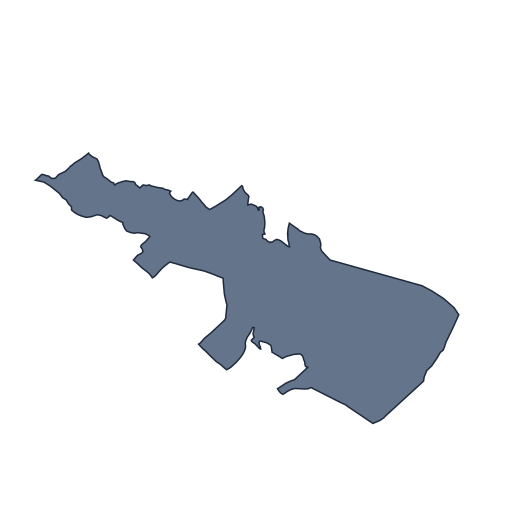 the district of Al Qahirah, Ta`izz, Yemen, rotated 137°
{"feature_id": "15242507B25601217585155", "entity_name": "Al Qahirah", "entity_type": "district", "adm_level": 2, "iso_a3": "YEM", "parent_name": "Yemen", "parent_adm1": "Ta`izz", "projection": "orthographic", "projection_center": [44.017, 13.586], "detail": "fine", "context": "isolated", "style": "filled", "palette": "slate", "viewbox_px": 512, "rotation_deg": 137, "n_neighbors": 0, "source": "geoboundaries", "source_scale": "gbopen_adm2", "svg_char_len": 6095}
<svg xmlns="http://www.w3.org/2000/svg" viewBox="0 0 512 512"><g transform="rotate(137 256 256)"><path d="M365.6,461.8L360.7,454.7L359.7,451.0L358.7,447.2L358.0,442.2L357.1,435.9L357.7,430.5L356.9,427.8L356.5,426.8L356.7,426.3L356.9,425.1L357.3,423.0L357.6,421.7L357.3,418.0L359.5,415.5L359.4,414.5L359.1,411.7L358.1,408.1L356.1,403.8L355.5,402.9L354.6,401.3L353.8,400.1L352.7,399.2L352.1,398.8L350.9,397.9L349.9,397.2L349.3,396.9L343.9,394.4L341.5,390.9L341.0,389.5L340.5,387.9L339.6,385.7L338.5,385.2L336.4,385.1L335.1,385.2L334.7,384.0L333.5,379.7L332.8,376.9L332.3,375.4L331.4,373.0L330.5,371.4L331.7,370.1L332.3,368.1L332.7,367.2L333.3,365.1L333.6,362.4L331.6,358.5L329.5,355.7L326.9,354.0L326.3,353.4L321.9,348.0L321.1,345.9L320.7,345.0L320.3,342.6L326.6,341.9L327.2,341.9L328.2,342.0L332.4,342.2L333.5,341.7L334.0,341.5L334.6,338.2L335.8,336.3L337.1,336.2L337.8,336.0L342.1,337.3L348.4,336.7L347.8,330.4L347.7,328.9L347.5,324.9L347.1,322.8L347.0,321.8L346.5,319.4L346.3,317.7L346.1,315.8L346.2,314.2L346.3,313.1L346.6,311.2L346.7,310.7L345.4,310.4L343.7,310.2L343.0,310.2L342.5,310.2L336.8,310.8L332.9,311.1L331.0,311.0L330.1,311.0L326.1,310.7L323.0,310.3L322.8,309.8L319.6,304.6L318.6,302.9L316.0,298.4L313.1,293.6L312.8,293.0L312.0,291.9L309.3,287.9L305.5,282.4L304.9,281.4L304.6,281.1L304.0,280.1L301.7,275.6L301.4,275.2L299.9,272.0L299.2,270.7L297.3,266.4L295.4,262.7L295.3,262.1L295.6,261.7L297.8,259.1L303.0,252.4L305.0,249.9L306.3,247.7L306.6,247.3L309.9,241.5L310.2,240.5L310.7,240.0L315.1,236.1L317.1,234.3L318.5,233.1L320.5,231.3L322.1,230.6L324.6,230.5L341.8,230.5L349.8,231.0L354.6,230.5L356.4,230.4L357.3,230.6L358.1,230.7L358.2,226.1L358.0,222.4L357.8,221.7L357.7,220.3L357.5,213.8L357.4,211.9L357.1,206.0L355.8,200.0L355.8,199.3L355.7,198.0L355.5,195.7L355.1,192.9L353.4,192.4L352.6,192.3L352.1,192.1L350.3,191.8L349.6,191.8L346.6,191.8L343.2,191.7L337.3,192.3L335.6,192.6L331.9,193.4L328.2,194.9L326.4,196.0L325.4,197.0L324.8,197.6L323.6,199.2L323.0,199.8L321.0,201.2L317.7,202.6L313.7,203.5L310.1,204.7L307.3,206.1L306.2,204.8L307.2,204.1L308.0,203.5L308.9,202.7L310.1,201.9L311.1,201.3L312.0,199.8L312.8,197.7L314.3,197.7L316.8,197.6L317.2,197.3L317.4,196.6L317.1,194.3L316.6,192.3L316.6,185.8L316.0,184.8L314.6,187.0L314.4,188.2L313.3,189.9L312.8,190.6L311.6,191.2L310.5,190.3L309.4,188.5L308.2,186.6L307.3,185.1L306.5,182.3L306.1,180.2L309.9,174.6L309.4,173.3L308.7,170.6L308.2,169.3L306.6,163.1L302.2,161.8L300.6,160.9L295.5,158.3L294.4,157.4L290.5,154.3L290.1,151.3L290.7,149.6L291.8,147.6L292.6,145.3L294.3,143.1L295.1,141.4L294.0,139.3L302.1,139.3L312.8,139.3L313.3,139.8L316.3,141.1L320.3,142.4L320.7,142.6L325.8,143.4L330.8,144.3L331.3,141.6L331.4,139.3L330.9,136.8L329.4,136.1L325.4,135.6L321.6,134.5L318.2,132.8L315.0,129.6L312.7,127.1L308.6,123.4L305.5,122.3L295.3,94.5L293.5,89.8L292.7,87.8L292.1,86.4L291.4,82.8L289.5,74.5L289.0,72.5L284.7,53.8L277.8,51.3L273.0,50.5L270.7,50.7L218.8,50.2L215.6,52.8L209.8,55.5L209.0,55.8L202.3,55.8L200.8,56.2L193.8,57.7L193.2,57.9L186.9,59.8L183.4,59.5L182.2,60.0L180.6,60.7L175.7,63.5L162.1,68.7L147.8,74.7L146.4,83.0L147.8,96.9L151.1,110.0L154.8,120.9L204.6,202.6L204.6,208.2L204.6,214.9L203.3,218.1L200.8,220.1L199.8,221.6L198.0,225.1L198.0,229.0L198.8,231.9L200.3,234.2L202.6,236.3L203.8,237.8L205.1,240.1L207.0,245.2L207.1,247.4L208.5,253.9L209.2,257.3L213.8,254.2L217.2,251.2L217.6,250.9L218.0,250.6L218.0,249.7L218.8,249.4L221.9,245.6L223.3,242.4L223.9,242.2L225.1,239.9L225.5,240.3L226.0,240.9L226.3,242.1L226.5,243.6L226.7,244.5L227.1,247.7L227.4,249.7L228.3,252.0L229.4,253.9L230.9,254.5L232.8,254.9L234.4,255.0L235.3,255.5L235.6,256.2L236.0,256.4L236.5,256.2L236.9,257.1L237.3,258.6L237.5,259.4L237.4,260.9L237.5,261.6L237.9,262.3L238.3,262.8L238.5,263.2L238.7,263.9L238.8,264.5L238.5,265.0L236.7,267.3L234.4,266.0L233.9,267.7L233.0,269.1L231.9,270.0L230.5,270.8L229.2,272.0L228.1,273.0L227.6,273.5L226.1,275.1L224.8,276.9L222.8,279.6L222.2,280.9L221.4,282.5L220.5,284.0L219.1,284.7L218.6,285.8L218.3,286.6L218.9,288.8L220.9,289.8L221.4,288.9L222.2,287.6L222.8,287.6L223.0,287.9L222.5,289.2L222.3,289.7L221.9,292.0L221.9,292.6L224.2,297.4L227.2,298.8L225.9,300.2L221.5,303.8L221.0,304.1L220.6,304.3L220.3,305.7L220.3,306.9L220.5,307.5L220.6,309.0L220.5,310.6L220.3,311.6L220.0,313.2L219.7,313.7L219.3,314.4L218.6,315.6L218.3,316.4L218.5,317.2L224.2,317.2L229.7,317.2L233.4,317.2L235.6,317.4L236.9,317.5L239.9,317.7L241.2,317.9L247.1,319.1L249.8,319.6L252.1,320.0L252.6,320.2L253.2,320.4L255.5,320.9L258.2,321.6L259.2,326.0L259.1,326.9L258.9,329.3L258.9,332.1L258.9,332.7L258.6,335.4L258.6,336.7L258.5,337.4L258.5,338.0L258.4,345.5L258.9,346.0L262.1,345.4L263.8,345.0L265.3,344.7L266.0,344.6L267.0,344.4L267.6,344.0L268.2,344.9L268.6,345.4L269.2,346.1L269.6,346.7L271.6,346.9L272.9,347.4L273.5,347.7L274.5,348.5L276.0,350.8L276.9,353.6L277.3,356.1L277.3,358.0L276.9,358.9L276.6,360.7L275.6,361.4L275.1,361.4L274.1,361.5L275.4,364.3L276.3,365.6L277.5,367.2L277.6,368.5L277.9,369.0L278.7,370.1L280.3,372.1L281.2,373.1L281.7,374.0L282.2,374.7L283.3,376.4L283.9,377.4L284.8,378.4L285.1,379.4L285.5,380.7L286.7,381.5L288.2,382.3L288.9,383.4L289.9,384.8L291.2,385.2L292.1,384.9L292.6,385.1L293.3,384.9L294.7,385.2L294.6,386.4L294.8,387.0L295.1,389.2L295.3,390.0L294.6,392.1L294.8,393.6L295.1,394.3L295.8,394.8L297.3,396.4L297.8,397.1L298.5,398.0L299.1,398.8L299.4,399.3L300.4,400.1L302.3,401.2L303.2,401.7L304.4,402.1L305.8,402.9L306.7,403.3L309.0,404.1L310.5,404.2L311.0,404.4L310.3,406.6L311.5,408.7L312.3,414.2L313.2,417.5L313.0,419.5L311.1,423.9L310.1,426.5L308.7,428.9L308.5,429.4L306.8,432.6L306.7,433.2L306.3,434.8L306.2,435.5L308.0,440.4L308.1,441.1L308.3,442.3L308.6,444.4L308.2,445.4L314.2,445.9L316.7,446.1L319.2,446.6L325.2,447.8L327.6,447.8L330.7,448.2L332.8,447.9L338.0,448.0L343.6,449.8L344.7,450.1L345.7,450.1L347.0,450.0L348.3,449.9L348.9,449.8L349.5,449.7L350.1,450.0L352.1,451.7L352.6,452.4L352.8,453.0L353.0,455.0L353.2,455.9L353.5,456.5L353.8,456.9L354.4,457.3L354.6,457.6L355.1,458.9L355.6,460.0L357.0,461.8L365.1,461.7L365.6,461.8Z" fill="#64748b" stroke="#1e293b" stroke-width="1.5"/></g></svg>